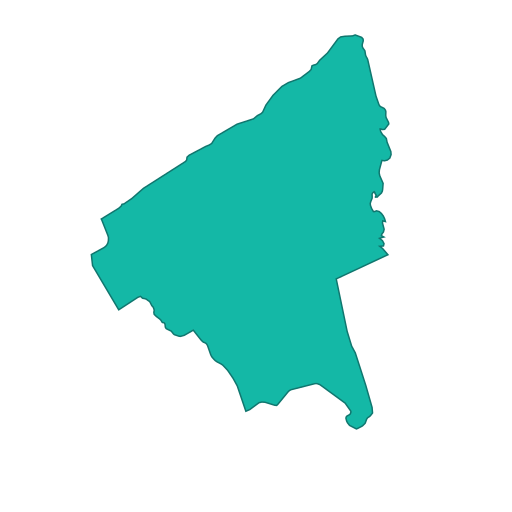 an SVG outline of Bas-Sassandra, rotated 166°
{"feature_id": "CIV-3448", "entity_name": "Bas-Sassandra", "entity_type": "Department", "adm_level": 1, "iso_a3": "CIV", "parent_name": "Ivory Coast", "parent_adm1": "", "projection": "orthographic", "projection_center": [-6.849, 5.451], "detail": "fine", "context": "isolated", "style": "filled", "palette": "teal", "viewbox_px": 512, "rotation_deg": 166, "n_neighbors": 0, "source": "natural_earth", "source_scale": "10m", "svg_char_len": 3163}
<svg xmlns="http://www.w3.org/2000/svg" viewBox="0 0 512 512"><g transform="rotate(166 256 256)"><path d="M133.6,235.5L131.4,232.7L127.7,225.3L130.9,224.7L183.7,214.4L185.8,160.9L185.0,145.4L183.1,138.0L180.8,103.9L180.0,81.0L180.9,75.5L182.9,73.9L184.2,73.0L185.4,72.5L186.2,72.3L187.0,71.9L187.6,71.4L188.2,70.8L190.4,67.5L190.9,67.1L193.6,65.5L194.4,65.2L199.1,64.1L200.4,63.9L206.2,69.0L207.6,72.1L208.0,74.0L208.0,75.5L208.0,76.7L207.7,77.5L207.3,78.1L206.7,78.6L205.0,79.1L204.1,79.3L203.1,79.7L202.4,80.4L201.6,81.7L201.6,82.7L205.1,91.7L225.1,115.7L227.6,117.4L229.5,117.9L254.3,117.8L256.0,117.4L257.8,116.4L270.7,106.8L272.1,106.0L274.0,106.7L282.6,111.9L285.7,112.9L288.6,112.9L299.2,108.5L303.4,107.8L305.6,134.5L307.8,142.8L311.2,152.0L314.6,158.1L315.7,159.4L316.7,160.3L317.1,160.7L319.4,162.7L320.8,164.3L321.6,165.6L323.0,168.2L323.5,169.7L323.8,171.1L324.7,180.9L325.2,182.5L325.8,183.5L327.2,184.7L327.9,185.1L328.7,186.2L329.6,187.7L334.8,199.2L344.8,196.4L348.8,196.3L350.1,196.8L354.2,199.4L354.9,200.3L356.4,203.6L360.1,206.7L360.7,207.3L361.0,208.1L361.2,209.0L360.9,210.9L360.8,211.9L361.1,213.1L361.8,213.7L362.7,214.0L363.2,214.6L363.7,216.5L364.8,218.4L365.7,219.4L366.4,220.4L367.1,221.1L368.9,224.0L368.8,225.8L368.5,226.7L368.1,227.4L367.9,228.2L367.9,229.2L368.1,231.1L368.5,231.9L368.9,232.6L369.2,233.4L370.0,236.9L370.4,237.7L370.9,238.3L372.0,239.5L372.7,240.5L373.4,241.0L374.4,241.6L376.2,242.4L376.9,243.3L377.4,244.2L377.9,244.8L380.6,244.5L402.2,237.0L416.9,286.2L415.4,297.3L401.5,300.9L399.9,301.6L398.4,302.5L396.7,304.3L396.1,305.4L395.5,306.7L394.7,309.5L394.7,311.6L397.0,328.8L397.2,329.3L377.7,335.5L374.8,337.0L373.5,338.6L371.5,338.5L362.4,341.9L348.8,348.9L301.5,364.8L300.0,366.0L299.0,368.6L296.4,370.0L278.2,374.5L274.6,375.0L271.8,375.9L267.2,380.3L264.4,382.1L242.5,388.5L225.2,389.7L220.7,391.9L216.6,392.9L214.7,394.0L209.9,400.0L200.6,407.8L189.8,414.3L182.7,416.4L169.9,417.8L159.6,422.2L157.4,423.6L155.7,427.0L153.8,427.3L151.7,427.3L150.0,427.9L146.9,430.5L137.6,435.6L123.9,446.9L120.8,448.1L116.6,447.7L109.1,446.2L106.3,446.5L100.6,442.6L99.6,440.6L99.9,438.8L101.7,435.6L102.2,433.8L102.0,432.2L100.7,428.7L101.1,424.3L100.8,422.5L100.3,420.9L100.1,419.4L100.9,382.2L100.1,373.2L99.6,371.6L98.6,370.4L97.3,369.4L95.9,368.1L95.1,366.1L95.1,365.9L95.1,364.6L96.1,361.0L96.3,359.0L95.1,353.6L95.2,352.0L100.5,347.8L102.7,348.1L104.2,349.1L104.9,349.2L104.9,346.5L103.9,343.2L102.3,340.9L101.1,338.5L101.3,334.8L99.9,324.7L100.4,321.7L102.5,318.6L105.4,317.3L108.3,317.3L110.7,318.3L115.4,309.8L116.4,306.8L116.5,303.9L115.1,295.7L117.0,290.0L117.7,288.4L119.0,286.8L123.4,284.4L123.9,283.9L125.8,284.2L125.6,284.9L124.7,285.8L124.9,286.7L125.4,287.8L125.4,289.1L125.8,289.8L127.5,289.0L128.4,288.0L129.0,285.1L129.4,283.9L131.5,281.0L132.5,279.2L132.7,277.3L132.3,273.9L131.3,270.7L130.0,270.4L128.2,270.7L125.7,269.3L124.0,266.9L122.8,264.0L122.2,260.9L122.1,258.1L124.5,259.4L125.3,257.5L125.2,251.0L126.5,248.5L128.5,246.9L129.4,245.4L129.1,245.1L127.4,243.5L128.5,243.5L131.9,243.3L129.6,240.3L128.8,237.0L129.9,234.9L133.6,235.5Z" fill="#14b8a6" stroke="#0f766e" stroke-width="1.5"/></g></svg>